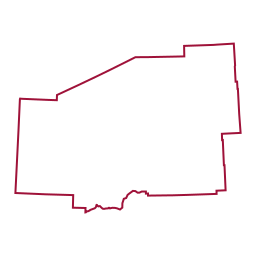 Matanuska-Susitna, Alaska, United States of America (orthographic projection)
{"feature_id": "52423323B34523976645917", "entity_name": "Matanuska-Susitna", "entity_type": "district", "adm_level": 2, "iso_a3": "USA", "parent_name": "United States of America", "parent_adm1": "Alaska", "projection": "orthographic", "projection_center": [-149.802, 62.337], "detail": "fine", "context": "isolated", "style": "outline", "palette": "rose", "viewbox_px": 256, "rotation_deg": 0, "n_neighbors": 0, "source": "geoboundaries", "source_scale": "gbopen_adm2", "svg_char_len": 1266}
<svg xmlns="http://www.w3.org/2000/svg" viewBox="0 0 256 256"><path d="M15.4,193.0L45.5,194.3L73.2,195.1L72.9,207.7L85.5,208.0L85.4,212.4L85.9,212.3L86.2,211.9L86.3,211.6L86.4,211.4L86.4,211.2L86.5,211.1L87.1,211.4L88.2,211.2L89.8,210.4L90.0,210.1L90.6,209.8L94.7,208.3L95.4,207.7L95.8,207.2L96.1,206.6L96.4,205.1L96.6,204.9L97.0,205.0L97.6,205.9L98.3,206.4L98.9,206.2L99.9,206.1L101.2,207.4L102.2,208.3L102.6,208.6L103.1,208.8L104.7,208.8L105.7,208.5L107.8,208.4L108.6,208.2L108.9,208.1L108.9,207.9L109.5,207.9L110.0,208.4L110.6,208.2L112.4,207.8L114.9,207.9L116.9,208.3L120.0,209.5L122.3,207.6L122.4,203.2L123.1,201.1L123.8,198.8L126.2,198.0L127.6,194.9L129.1,193.7L132.9,190.9L135.4,191.1L137.6,192.7L139.3,192.7L141.8,191.5L145.9,191.5L145.9,193.6L148.0,193.5L148.0,195.6L172.3,195.3L173.0,195.3L187.3,194.9L216.6,193.9L216.5,190.7L225.6,190.3L224.5,165.2L223.9,165.2L222.8,140.0L222.1,140.1L221.9,133.8L240.6,132.9L239.2,114.0L237.9,88.9L237.5,88.9L237.1,81.6L235.6,81.7L234.8,66.4L235.1,65.5L233.8,43.6L217.3,44.6L213.5,44.9L184.1,45.9L184.3,56.4L175.0,56.6L148.8,57.1L135.4,57.2L111.4,69.2L96.2,76.6L77.9,85.3L57.0,95.0L56.8,100.2L48.1,99.9L22.0,98.8L20.1,98.6L19.9,99.2L18.5,130.1L16.8,164.7L15.4,193.0Z" fill="none" stroke="#9f1239" stroke-width="2"/></svg>